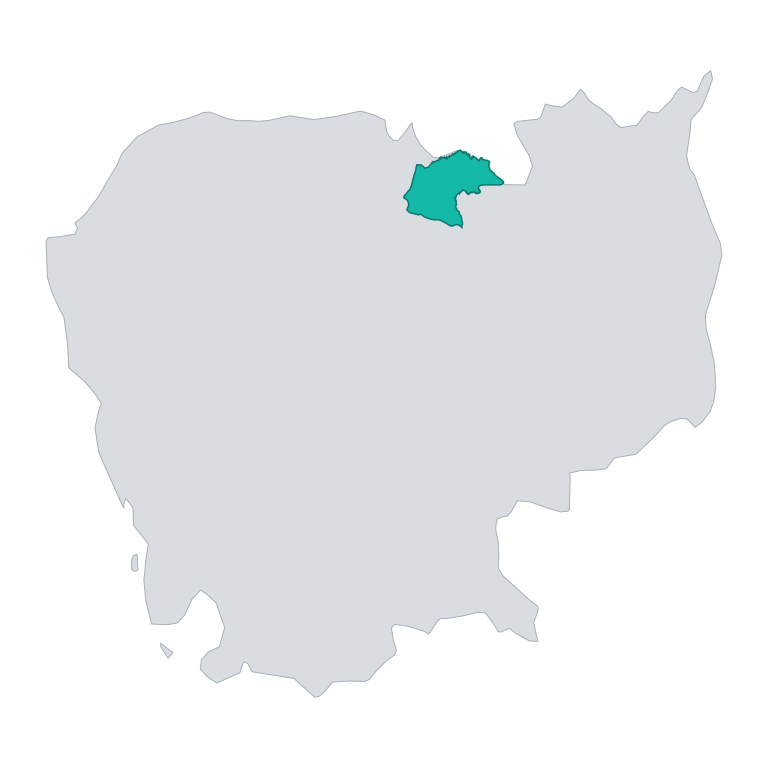 location of Chhaeb, Preah Vihéar, Cambodia
{"feature_id": "14789045B96642670477146", "entity_name": "Chhaeb", "entity_type": "district", "adm_level": 2, "iso_a3": "KHM", "parent_name": "Cambodia", "parent_adm1": "Preah Vihéar", "projection": "robinson", "projection_center": [105.534, 13.896], "detail": "fine", "context": "in_parent", "style": "filled", "palette": "teal", "viewbox_px": 768, "rotation_deg": 0, "n_neighbors": 0, "source": "geoboundaries", "source_scale": "gbopen_adm2", "svg_char_len": 8540}
<svg xmlns="http://www.w3.org/2000/svg" viewBox="0 0 768 768"><path d="M710.6,70.6L712.6,78.7L707.3,93.9L701.6,107.7L690.9,119.7L690.4,128.6L686.7,155.1L688.1,163.5L690.7,170.7L694.2,174.6L703.5,200.5L712.0,224.0L720.4,243.4L721.9,255.6L714.3,286.6L705.4,315.1L706.2,329.3L710.1,343.5L714.2,362.4L715.8,386.7L713.6,402.4L709.6,412.3L701.8,422.3L695.1,427.4L687.0,418.9L680.5,418.5L671.9,421.1L665.1,425.0L651.2,439.8L635.9,454.2L614.6,457.8L606.4,468.5L597.5,470.0L580.7,470.5L569.7,473.0L570.2,478.4L569.4,503.7L569.6,509.6L567.9,511.2L560.3,511.9L547.4,508.0L529.9,501.8L517.5,500.8L511.1,511.8L507.3,516.1L502.6,516.8L497.7,518.7L496.1,523.7L495.7,529.8L498.0,540.3L498.9,557.1L498.3,568.5L502.9,575.7L529.5,600.0L537.4,606.0L538.3,609.6L533.7,622.8L537.8,641.4L529.5,641.0L515.5,633.1L508.9,628.2L500.8,632.1L498.0,631.4L492.5,622.2L485.4,612.9L478.0,612.3L462.5,616.0L446.6,618.5L440.6,618.5L438.1,620.2L428.9,634.0L425.0,631.7L409.0,626.4L394.4,624.4L391.4,628.0L393.2,639.3L396.4,650.3L394.5,655.0L386.5,660.8L375.9,671.3L369.4,679.4L364.9,681.4L348.7,681.0L332.6,682.1L326.2,689.8L320.2,695.8L314.9,697.4L293.9,678.4L252.2,671.8L247.7,663.4L243.7,661.8L239.8,672.7L216.9,683.1L207.3,676.8L200.3,669.1L201.4,659.8L208.0,652.2L219.4,646.7L224.7,627.5L216.1,602.9L208.5,595.7L200.5,590.0L192.0,599.2L184.9,614.8L177.5,622.9L167.0,624.7L151.7,624.0L145.8,600.7L143.9,580.6L146.1,557.8L148.4,544.2L133.7,525.5L132.9,507.7L125.9,498.5L123.8,503.2L123.9,508.3L121.9,504.6L98.8,452.4L95.0,428.2L99.0,409.5L101.4,403.3L94.7,393.4L85.3,382.3L68.7,367.7L67.6,344.6L64.0,317.3L59.0,308.1L51.5,291.3L47.4,277.4L46.1,240.7L48.2,237.7L60.0,236.7L75.1,234.0L77.5,228.1L74.9,223.2L84.6,214.9L98.5,196.6L109.3,177.6L117.0,165.5L121.7,153.6L137.3,136.7L158.8,125.0L173.4,122.3L188.6,118.3L203.2,112.6L210.1,112.1L228.1,118.9L237.9,120.7L248.1,120.6L258.8,121.3L268.0,120.6L290.2,115.8L313.7,119.6L334.6,116.6L360.6,111.1L373.4,114.6L385.0,120.1L386.6,131.3L389.3,136.4L393.1,140.3L398.3,140.3L404.9,132.5L410.4,124.5L412.2,123.0L412.5,127.0L415.3,135.7L420.2,144.3L425.2,150.0L433.6,157.5L439.0,157.9L456.7,150.7L483.3,161.1L486.4,166.4L495.1,177.0L504.4,184.6L525.1,185.0L532.5,166.4L528.9,155.0L517.1,135.2L513.9,123.5L517.6,121.4L537.7,119.2L540.9,116.9L545.4,104.0L550.8,105.5L561.9,107.2L573.6,98.4L580.6,89.1L584.4,93.3L588.6,99.8L593.1,103.6L601.6,109.1L610.9,116.9L616.7,124.6L621.3,127.6L633.2,125.5L636.4,125.8L643.3,116.5L648.2,111.4L652.3,112.8L658.3,112.7L670.7,100.9L677.8,90.0L681.6,87.1L692.8,92.5L697.2,91.4L703.6,76.5L710.6,70.6ZM138.0,569.8L135.8,571.2L133.6,571.2L131.4,569.0L131.6,560.6L133.3,555.5L137.0,554.5L138.0,569.8ZM172.8,652.5L168.1,658.2L160.7,646.5L160.7,643.3L172.8,652.5Z" fill="#d9dde1" stroke="#a8b0b8" stroke-width="1"/><path d="M461.8,227.4L461.7,226.4L462.0,225.9L462.0,225.1L462.4,224.5L462.6,224.1L462.3,223.1L462.4,221.9L462.0,221.4L461.7,220.4L461.7,218.8L461.0,216.1L459.3,213.4L459.0,211.6L458.6,211.2L458.2,211.2L457.9,210.8L457.0,210.2L456.7,209.2L456.7,208.6L455.8,207.8L455.8,206.5L455.6,206.2L455.5,205.8L455.8,205.5L455.8,205.3L456.2,205.0L456.3,204.6L456.5,204.3L456.3,204.0L456.4,203.6L455.8,202.9L455.9,202.4L456.3,202.0L456.3,201.9L456.1,201.2L456.1,200.9L455.9,200.8L456.0,200.5L455.8,200.2L455.4,200.0L455.6,199.8L455.4,199.7L455.4,199.1L455.2,198.9L455.3,198.6L455.2,198.3L455.5,197.9L455.4,197.8L455.6,197.4L455.3,197.4L455.6,197.2L455.7,196.9L455.8,196.9L455.8,196.6L456.1,196.4L456.0,196.2L456.3,195.0L456.8,194.7L457.2,194.6L457.7,193.9L457.9,193.9L458.3,193.5L458.6,193.4L458.7,193.2L458.9,193.1L459.2,193.3L459.4,193.2L459.5,193.4L459.7,192.7L460.0,192.7L460.0,192.4L460.2,192.2L460.3,192.3L461.1,192.0L461.1,191.7L461.3,191.4L461.4,191.5L461.8,191.0L462.3,190.6L462.6,190.3L462.8,190.2L462.9,189.9L463.0,189.9L463.6,190.2L463.9,190.6L464.2,190.6L464.4,190.5L464.7,190.9L465.0,190.9L465.5,191.1L465.8,191.5L466.1,192.4L466.2,192.5L466.6,192.4L466.7,192.6L466.8,192.9L466.9,193.0L466.9,192.9L467.1,193.2L466.9,193.3L467.1,193.5L467.4,193.4L467.5,193.7L467.8,193.8L468.0,194.4L468.8,194.4L469.1,194.2L469.0,193.8L469.1,193.7L469.2,193.3L469.6,193.2L469.9,192.8L470.0,192.7L470.3,192.8L470.7,192.6L471.2,192.8L471.4,192.7L471.4,192.3L471.9,192.7L472.1,192.7L472.6,192.5L472.8,192.3L472.9,192.1L473.0,192.0L473.5,192.1L473.9,191.7L474.3,192.2L474.6,192.2L475.0,192.4L475.1,192.8L475.7,193.5L476.2,193.5L476.3,193.2L476.6,193.1L476.9,193.2L477.0,192.8L477.6,193.3L477.8,193.6L478.0,193.6L478.3,193.1L478.8,193.1L479.2,192.9L479.5,193.0L479.8,192.8L480.1,192.3L480.1,192.0L479.9,191.7L480.2,191.4L480.0,191.2L480.2,190.9L480.1,190.7L479.9,190.4L479.6,190.6L479.1,190.3L479.2,189.8L479.0,189.7L478.9,189.8L478.7,189.7L478.7,189.1L478.9,188.9L478.9,188.5L478.4,188.3L478.5,188.0L478.3,187.7L478.3,187.4L478.5,186.8L478.8,186.6L479.0,186.4L479.3,186.3L479.7,185.7L481.4,185.2L484.2,185.0L484.3,184.9L485.6,184.8L487.5,185.0L490.3,184.8L493.0,184.9L494.9,184.8L497.5,184.8L498.9,185.0L499.9,185.0L500.9,184.7L501.7,184.3L503.0,183.5L503.7,182.7L503.3,182.1L503.0,181.1L501.8,180.1L501.2,179.8L500.6,179.3L500.0,178.5L498.7,178.0L497.7,177.1L497.0,176.7L496.4,176.1L495.3,175.3L494.1,173.3L493.6,173.1L493.2,172.7L492.4,172.1L491.6,171.0L490.8,170.7L490.1,170.1L489.8,169.4L489.0,167.1L489.1,166.5L489.1,165.7L488.8,165.1L488.8,164.8L489.3,163.6L489.6,162.2L489.5,161.8L489.4,161.5L487.5,160.5L486.6,160.4L483.6,159.6L483.0,159.8L482.7,159.5L481.8,157.8L481.3,157.6L480.6,157.9L480.3,158.6L479.5,159.7L479.4,160.6L479.0,160.8L478.7,160.9L478.4,160.6L478.1,159.9L476.7,159.0L476.5,158.8L476.3,158.5L476.0,157.7L474.0,156.9L473.8,156.7L473.4,156.2L472.9,156.0L472.6,156.1L472.5,156.4L472.7,156.6L473.2,156.7L473.3,156.8L473.2,157.4L473.0,157.5L472.6,157.2L472.4,157.2L472.0,157.4L471.8,157.8L471.7,159.2L471.5,159.3L471.2,159.3L469.6,157.7L470.0,156.2L469.9,155.9L469.3,155.2L469.7,155.0L469.8,154.5L469.6,154.3L469.1,154.6L468.8,154.6L468.1,153.9L467.9,154.0L467.7,154.4L467.7,155.1L466.6,154.0L466.5,153.6L466.6,152.7L466.5,152.4L466.0,152.5L465.8,152.0L465.5,151.9L464.7,152.3L463.8,151.7L463.7,151.7L463.5,151.8L463.6,152.6L464.1,153.2L464.1,153.4L463.7,153.4L462.1,152.4L461.9,151.6L461.4,150.9L460.2,150.1L459.9,150.1L459.3,150.5L459.1,150.5L459.0,150.8L458.5,150.8L458.4,151.1L458.0,151.3L458.0,151.5L457.6,151.4L457.5,151.6L456.8,151.9L456.7,152.5L456.3,152.8L456.1,152.7L455.9,152.9L455.7,152.7L455.4,153.0L455.2,153.0L455.1,153.5L454.7,153.6L454.6,154.0L454.3,153.7L454.2,153.8L453.6,154.3L453.4,154.1L453.1,154.2L453.0,153.9L452.6,154.0L452.6,154.4L452.6,154.7L452.0,154.7L451.9,154.9L451.5,155.1L451.4,155.7L451.1,155.9L450.7,156.2L450.2,156.2L450.0,156.4L449.8,156.1L449.6,156.1L449.4,155.8L449.2,156.2L449.2,156.6L448.9,156.6L448.5,157.2L448.2,157.3L448.0,157.1L447.8,157.1L447.4,157.5L447.4,157.9L447.3,158.1L447.2,158.0L447.3,157.7L447.2,157.6L446.9,158.7L446.7,158.6L446.4,158.5L446.1,158.5L445.7,158.3L445.7,158.0L445.8,157.6L445.6,157.8L445.3,157.7L444.9,158.0L444.8,157.8L444.4,157.9L444.5,157.7L444.4,157.5L444.1,158.0L443.6,158.1L443.3,157.8L442.9,158.1L442.4,158.1L442.2,157.7L442.2,157.4L441.8,157.2L441.7,157.2L441.8,157.4L441.6,157.5L441.4,157.3L441.1,157.5L440.7,157.4L440.8,157.7L440.7,157.9L440.5,158.0L440.8,158.2L440.7,158.3L440.4,158.4L440.3,158.7L440.0,158.2L439.7,158.8L439.3,158.6L439.0,159.1L439.1,159.4L438.8,159.6L438.8,160.0L438.7,160.2L438.6,160.5L438.4,160.4L438.1,160.6L437.7,160.4L436.9,160.4L436.3,160.8L435.8,161.4L435.5,161.6L435.0,161.6L434.6,161.9L434.3,161.7L433.8,161.5L433.3,161.8L433.2,161.7L432.7,162.0L432.4,162.0L432.2,163.1L431.8,163.0L431.6,163.5L431.4,163.8L430.3,164.8L429.5,165.8L428.9,166.8L428.7,167.0L428.0,167.4L426.1,167.8L425.0,168.3L423.8,167.0L422.2,165.8L421.7,165.3L421.3,165.0L420.4,164.9L416.7,164.9L416.4,166.4L416.3,167.1L416.0,168.0L415.8,170.2L414.9,173.1L414.1,174.8L411.4,185.9L409.6,189.8L409.2,190.2L408.0,191.2L407.0,192.8L406.2,193.5L405.3,194.8L404.5,195.5L404.0,196.6L403.8,197.2L403.8,197.5L404.0,197.9L405.5,198.9L406.5,199.5L407.1,200.0L407.6,200.8L408.6,203.3L408.5,206.0L407.9,207.0L407.7,208.0L407.6,208.5L406.8,209.6L407.0,209.8L408.0,211.1L408.8,211.8L409.7,212.5L410.3,212.8L413.2,213.5L416.1,214.3L418.8,214.8L419.4,214.8L420.2,214.1L421.9,214.9L423.7,216.5L424.8,217.1L427.4,218.1L427.6,218.1L429.4,218.8L431.3,219.3L433.3,219.7L435.2,219.8L437.1,219.7L438.8,219.9L439.9,220.1L442.1,221.1L444.0,222.2L446.3,223.3L448.7,224.9L450.5,225.8L451.8,226.1L452.2,226.1L453.7,225.6L455.0,224.9L455.8,224.6L457.0,224.6L459.1,225.2L460.4,226.1L461.8,227.4Z" fill="#14b8a6" stroke="#0f766e" stroke-width="1.5"/></svg>